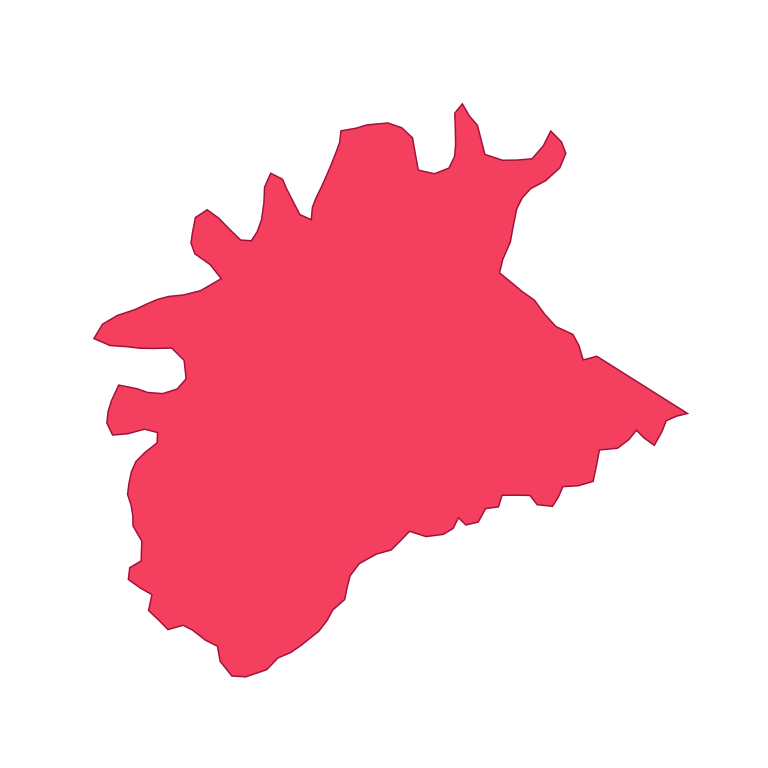 Palmitinho, Rio Grande do Sul, Brazil, rotated 78°
{"feature_id": "56859067B63101725720480", "entity_name": "Palmitinho", "entity_type": "district", "adm_level": 2, "iso_a3": "BRA", "parent_name": "Brazil", "parent_adm1": "Rio Grande do Sul", "projection": "albers", "projection_center": [-53.596, -27.32], "detail": "fine", "context": "isolated", "style": "filled", "palette": "rose", "viewbox_px": 768, "rotation_deg": 78, "n_neighbors": 0, "source": "geoboundaries", "source_scale": "gbopen_adm2", "svg_char_len": 2185}
<svg xmlns="http://www.w3.org/2000/svg" viewBox="0 0 768 768"><g transform="rotate(78 384 384)"><path d="M510.8,670.9L522.1,674.7L533.3,664.4L541.8,654.8L556.6,661.4L568.9,652.9L579.3,646.4L578.2,630.7L584.9,622.5L597.4,612.0L605.9,601.4L621.3,601.9L638.0,593.5L641.7,580.1L639.0,558.1L629.9,544.7L627.2,530.9L622.4,519.4L612.2,499.1L603.3,488.7L594.3,481.0L586.6,467.2L575.6,462.5L564.4,456.9L554.6,445.6L548.8,426.9L547.8,411.4L540.7,400.4L533.4,389.6L542.0,374.6L543.4,357.3L539.7,346.5L530.3,339.0L538.9,333.2L538.6,320.5L527.0,310.5L528.0,297.6L517.4,291.7L520.1,278.6L523.3,264.5L533.9,259.2L538.7,244.6L530.8,236.9L521.6,230.4L523.9,215.4L522.7,199.7L507.9,193.1L493.3,187.0L495.4,169.0L489.2,155.9L481.7,146.7L490.8,140.9L500.2,132.4L488.5,122.1L478.6,115.6L476.3,104.6L475.9,93.3L401.1,170.1L401.9,184.2L387.1,185.3L374.8,188.9L363.6,203.9L349.2,212.3L333.2,219.5L322.0,229.9L309.7,239.5L299.3,247.9L286.6,241.8L271.6,231.0L256.8,224.9L240.2,217.7L230.6,210.0L223.5,200.1L218.7,183.5L209.1,167.1L196.2,158.2L184.1,160.1L171.2,168.3L184.1,178.6L194.5,192.4L192.5,208.1L189.8,221.5L180.4,237.6L150.4,238.8L139.8,244.7L126.3,249.1L133.8,258.5L148.8,261.1L164.4,264.1L176.0,267.6L186.3,275.6L188.8,291.0L181.9,306.0L168.2,305.6L149.2,304.9L137.1,313.3L129.5,325.9L127.0,346.6L128.0,358.5L127.4,373.5L138.2,377.0L147.2,382.6L158.8,390.3L169.2,397.6L178.2,404.2L187.3,411.4L196.3,417.3L208.2,421.0L200.7,431.1L189.9,434.1L172.4,438.8L162.6,440.7L154.3,451.0L166.6,459.9L181.5,463.7L198.0,469.7L208.6,476.3L216.3,484.0L213.4,494.3L200.1,503.2L187.4,511.2L176.8,520.8L182.0,533.9L195.9,539.8L206.1,543.5L217.4,541.9L231.1,529.2L247.1,521.3L254.6,544.2L255.2,562.0L253.6,576.1L254.2,588.0L256.3,598.8L259.4,612.1L261.5,630.6L266.9,646.8L279.2,658.3L289.4,644.0L294.1,627.6L298.3,615.2L301.2,602.5L304.7,584.2L319.3,574.6L337.8,576.5L345.9,587.5L347.4,602.5L343.2,616.8L337.4,626.4L329.9,643.7L343.6,654.0L353.8,659.7L364.6,663.2L377.5,660.1L379.4,645.1L378.4,627.6L384.4,615.6L394.4,618.2L401.5,632.5L408.3,642.8L417.5,649.4L428.1,654.1L438.7,657.8L449.5,656.6L460.7,657.1L470.7,659.0L487.3,653.6L506.5,658.3L510.8,670.9Z" fill="#f43f5e" stroke="#9f1239" stroke-width="1.5"/></g></svg>